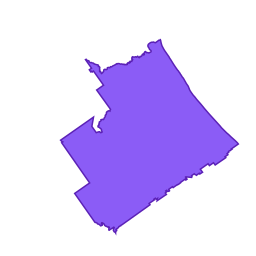 the district of Harvey, Western Australia, Australia, rotated 145°
{"feature_id": "25037944B91209319772795", "entity_name": "Harvey", "entity_type": "district", "adm_level": 2, "iso_a3": "AUS", "parent_name": "Australia", "parent_adm1": "Western Australia", "projection": "robinson", "projection_center": [115.844, -33.15], "detail": "fine", "context": "isolated", "style": "filled", "palette": "violet", "viewbox_px": 256, "rotation_deg": 145, "n_neighbors": 0, "source": "geoboundaries", "source_scale": "gbopen_adm2", "svg_char_len": 5631}
<svg xmlns="http://www.w3.org/2000/svg" viewBox="0 0 256 256"><g transform="rotate(145 128 128)"><path d="M200.7,55.1L200.0,55.0L198.8,55.0L198.0,54.9L196.9,55.0L196.6,54.9L196.4,54.6L196.4,54.3L196.7,54.1L197.5,54.0L198.2,53.1L198.6,52.7L198.7,52.4L198.8,51.9L198.8,50.9L198.8,50.6L198.2,50.1L198.3,49.2L198.0,49.6L197.6,50.0L197.1,50.5L196.6,50.4L196.4,50.6L196.1,50.5L195.9,50.8L196.0,51.4L196.0,51.8L195.2,51.9L194.9,51.9L194.2,51.7L193.9,51.8L193.7,51.9L192.9,52.0L192.1,52.4L191.8,52.3L191.5,52.4L191.2,52.2L190.8,52.2L190.6,52.3L190.2,52.3L189.8,52.1L189.7,52.2L189.5,52.3L189.3,52.4L188.6,52.2L187.9,52.2L154.0,52.5L154.0,54.1L147.7,54.0L147.7,54.8L145.9,54.8L145.9,53.4L144.4,53.4L144.9,53.0L145.2,52.1L145.7,51.7L136.2,51.6L134.7,51.5L134.7,53.4L133.2,53.5L133.2,54.8L132.2,54.8L132.2,54.4L131.8,53.4L131.0,52.8L130.7,52.7L130.1,52.7L129.9,52.9L129.9,54.4L125.3,54.4L125.2,53.3L120.1,53.3L120.0,53.0L118.1,52.9L116.2,53.0L116.1,53.3L110.5,53.3L110.5,52.2L109.0,52.2L109.0,54.8L108.6,54.8L104.2,51.0L103.2,51.8L103.2,52.5L100.0,52.5L99.8,51.5L99.4,51.0L99.1,50.0L95.6,50.1L95.6,49.1L92.3,49.0L92.4,52.8L82.9,52.8L82.9,50.5L77.9,50.5L77.8,47.7L64.9,47.6L65.0,48.8L61.5,48.8L61.5,50.2L60.7,50.2L60.2,50.4L59.4,50.4L59.4,50.9L59.1,51.1L57.7,51.1L57.1,50.8L56.1,51.0L55.0,51.0L55.2,51.6L46.8,51.6L46.9,53.3L47.4,56.0L48.7,61.6L49.4,65.2L50.0,67.4L51.3,74.7L51.4,76.7L53.5,93.1L54.2,100.0L54.6,105.4L55.3,111.8L55.4,113.3L55.4,114.3L55.8,118.0L55.8,121.5L55.7,123.6L54.7,127.7L54.7,130.9L54.1,137.0L54.3,138.9L54.1,140.8L54.2,141.8L54.0,143.2L54.1,144.4L54.0,145.7L54.2,146.9L54.2,151.2L54.1,154.5L53.8,159.8L53.8,161.5L53.6,162.6L53.6,170.3L53.5,171.9L53.1,175.4L52.8,176.6L52.1,178.6L51.3,180.5L50.8,181.5L50.6,181.6L50.4,181.5L50.7,181.8L50.9,181.6L51.7,181.7L52.2,182.2L56.5,182.1L57.1,182.7L57.8,183.8L58.2,184.0L58.5,184.0L59.2,184.6L59.8,184.8L60.8,185.1L61.7,185.0L62.7,185.0L63.3,184.9L64.0,184.5L64.5,184.0L64.8,183.5L65.0,182.4L65.0,180.9L65.3,180.0L64.8,178.6L64.8,178.0L65.2,177.4L65.5,177.2L66.0,177.2L67.0,177.4L67.6,177.4L67.8,177.5L68.2,177.9L68.5,178.4L69.6,179.1L69.7,179.5L69.7,180.5L70.1,180.7L70.7,180.7L71.6,180.1L72.3,180.1L72.4,179.8L72.4,179.1L72.5,178.9L72.8,178.8L73.2,178.8L73.3,178.9L73.4,179.1L73.3,179.8L73.5,180.0L73.8,180.1L74.2,180.0L74.8,179.5L75.7,179.1L76.4,179.1L76.7,179.6L77.1,179.7L77.8,179.5L78.0,179.1L78.5,179.2L78.8,179.8L78.9,180.3L78.8,181.0L79.0,181.3L80.5,181.2L81.0,182.1L82.4,182.5L83.3,183.7L83.5,183.7L83.9,183.4L84.1,183.6L84.3,183.5L84.5,183.3L84.6,182.9L85.1,182.6L85.1,182.1L85.4,181.9L85.0,181.4L85.3,181.1L85.9,180.9L86.1,180.8L87.0,181.0L87.1,180.9L87.1,180.7L87.4,180.9L87.7,180.9L87.7,181.1L87.8,181.2L88.2,181.0L88.5,180.6L88.7,180.8L88.9,180.7L88.9,180.8L89.2,180.5L89.7,180.5L90.0,180.8L89.9,181.2L90.4,181.2L90.9,181.5L91.0,181.5L91.2,181.1L91.8,181.1L92.0,180.7L92.3,181.0L92.7,180.7L92.9,181.1L93.3,181.3L93.6,181.2L94.2,181.8L94.7,182.0L94.6,182.5L95.3,183.0L95.7,183.0L96.3,184.0L96.8,184.3L97.4,184.5L98.1,185.6L98.9,186.3L99.3,186.6L99.7,186.7L100.3,186.7L100.5,186.8L100.6,187.2L100.8,187.2L102.0,187.1L103.0,187.3L103.7,187.3L104.5,187.6L106.2,187.5L106.7,187.7L106.9,188.1L107.3,188.2L108.3,187.8L109.2,188.8L110.2,189.2L110.5,189.1L111.0,188.4L111.7,188.1L112.0,188.2L112.7,188.5L112.7,188.8L113.3,189.4L113.7,189.5L114.4,189.5L114.7,189.3L115.3,188.5L115.7,188.3L116.3,188.2L116.7,187.9L117.3,187.9L118.3,187.7L118.5,187.8L118.5,188.3L118.1,189.7L118.2,190.0L118.8,190.2L118.8,190.6L118.6,191.1L117.8,191.5L117.7,191.8L117.6,192.4L117.2,193.0L116.7,193.3L116.4,193.7L116.3,194.2L116.4,194.6L116.4,195.0L116.6,195.4L116.7,195.5L116.9,195.5L116.8,195.8L116.4,196.2L116.3,196.5L116.5,197.0L117.7,198.2L117.9,198.6L119.0,199.8L119.0,200.1L118.9,200.2L119.0,200.6L119.3,201.2L120.1,201.9L120.4,202.6L120.6,202.8L121.2,203.0L121.4,203.2L121.8,204.1L121.7,204.7L121.5,205.4L121.6,205.7L122.2,206.1L122.5,206.7L122.9,207.6L122.9,208.2L122.9,208.3L123.6,208.4L123.6,197.9L126.3,197.9L126.3,195.3L125.2,195.3L125.2,194.4L123.6,194.4L123.5,177.1L131.9,177.1L131.6,153.4L131.8,153.1L132.3,153.0L133.0,152.3L133.1,152.6L133.8,152.9L134.3,153.4L134.6,153.4L135.2,153.2L135.6,153.4L135.8,153.3L136.4,153.3L136.7,153.0L136.9,152.8L137.2,152.7L137.5,152.1L137.7,151.9L138.3,151.5L138.6,151.6L139.3,151.5L139.5,151.3L139.8,150.6L140.8,150.1L141.9,149.8L142.4,149.2L142.5,149.2L142.9,149.2L143.4,149.1L143.5,149.1L143.7,149.6L144.1,149.7L144.5,150.0L145.0,149.9L145.4,150.2L145.7,149.6L145.9,149.5L147.1,149.3L147.9,149.4L148.2,149.3L148.7,148.3L148.9,148.2L149.1,148.3L149.2,148.2L149.3,147.9L149.6,147.9L149.7,147.7L149.9,147.5L149.8,147.2L150.0,147.0L150.4,147.0L150.7,147.2L150.8,147.2L151.1,147.0L151.1,146.9L151.5,146.8L151.9,146.1L151.8,145.8L151.5,145.5L151.3,145.1L151.1,144.9L151.1,144.3L150.8,143.4L150.8,143.1L150.6,142.7L150.6,142.0L151.2,141.2L151.3,140.2L151.5,139.6L151.8,139.5L152.2,139.5L153.2,140.0L153.3,140.1L153.2,140.6L153.2,140.8L153.5,141.3L153.8,141.5L155.5,142.1L156.7,142.4L156.7,150.0L150.0,156.7L190.2,156.7L190.0,155.2L189.4,154.0L190.8,154.0L190.9,105.0L209.2,105.0L209.2,69.6L208.5,69.0L208.5,68.8L207.9,68.0L207.9,67.6L208.0,67.2L207.9,66.8L207.7,66.5L207.5,66.4L207.3,66.2L206.6,64.8L206.6,64.3L206.7,64.1L206.5,63.5L205.9,63.3L204.9,63.1L204.4,63.5L204.6,64.4L204.4,65.2L204.1,65.4L203.7,65.4L203.4,65.0L202.7,63.4L202.8,62.9L202.7,62.3L203.0,61.7L202.8,60.9L202.3,59.9L202.1,59.9L201.9,59.8L201.7,59.2L201.5,58.5L201.3,58.3L201.0,58.3L200.7,58.2L200.3,57.7L200.4,57.2L200.7,57.2L201.2,56.9L201.3,56.6L201.7,56.0L202.1,55.7L202.2,55.4L202.1,55.1L201.8,55.0L200.7,55.1Z" fill="#8b5cf6" stroke="#5b21b6" stroke-width="1.5"/></g></svg>